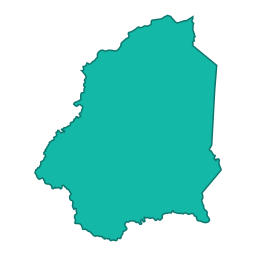 the district of Palocabildo, Tolima, Colombia
{"feature_id": "7082276B76880403363751", "entity_name": "Palocabildo", "entity_type": "district", "adm_level": 2, "iso_a3": "COL", "parent_name": "Colombia", "parent_adm1": "Tolima", "projection": "albers", "projection_center": [-75.008, 5.096], "detail": "fine", "context": "isolated", "style": "filled", "palette": "teal", "viewbox_px": 256, "rotation_deg": 0, "n_neighbors": 0, "source": "geoboundaries", "source_scale": "gbopen_adm2", "svg_char_len": 5740}
<svg xmlns="http://www.w3.org/2000/svg" viewBox="0 0 256 256"><path d="M77.9,223.5L79.9,223.9L80.9,224.6L81.5,225.4L82.8,229.3L83.8,229.4L84.9,229.2L86.2,229.5L88.4,231.3L89.6,231.6L90.5,232.1L93.5,235.4L94.3,235.9L95.6,236.2L97.0,235.6L97.7,235.7L98.3,236.1L99.4,236.4L102.1,236.5L102.5,237.6L104.0,237.9L104.1,238.7L104.3,239.0L104.7,239.0L106.0,238.4L106.7,238.5L108.0,239.0L109.2,238.6L109.6,238.9L110.1,240.3L110.7,240.6L111.5,240.6L113.0,239.9L115.6,240.6L116.5,240.5L117.0,240.1L117.5,238.6L117.7,238.3L120.3,238.5L120.7,238.3L121.7,235.2L122.8,233.9L122.8,232.4L123.1,231.7L125.6,230.3L126.5,229.6L126.8,229.0L126.7,228.1L126.3,227.3L125.3,226.2L124.9,225.3L124.9,224.5L125.1,223.4L125.6,222.7L126.7,221.9L127.1,221.8L128.2,222.1L130.8,220.8L134.6,221.1L136.1,222.5L138.5,222.4L139.8,224.2L140.2,224.3L140.8,224.3L141.4,224.0L141.7,223.6L141.6,223.0L140.8,222.1L141.0,220.4L141.5,219.5L141.9,219.5L142.4,219.8L143.0,221.3L143.4,221.8L143.9,221.9L144.9,221.4L144.9,220.7L144.3,219.0L144.3,217.6L144.4,217.3L145.4,218.0L147.8,217.4L149.0,218.1L149.6,218.3L150.8,218.2L152.1,217.8L152.9,217.9L153.5,218.1L155.2,220.2L155.8,220.5L156.5,220.2L157.4,219.1L157.9,218.9L158.3,219.0L159.4,220.0L160.4,220.0L161.3,218.9L162.2,218.1L162.3,215.7L162.8,214.5L163.8,213.9L164.9,213.5L169.4,212.8L171.4,212.9L172.1,211.1L172.8,210.6L173.2,210.7L173.6,211.8L174.3,212.3L178.5,213.4L179.7,213.3L180.5,213.5L181.6,213.3L183.0,213.9L184.8,213.0L185.7,212.9L186.3,213.1L188.0,214.2L188.6,214.3L191.9,213.4L192.6,213.5L193.7,214.3L194.3,215.8L195.8,216.3L196.3,216.6L196.6,218.4L197.4,220.4L198.7,220.9L200.4,221.0L203.0,222.2L204.0,222.2L204.7,222.6L206.7,222.5L208.2,221.9L209.2,220.8L209.5,220.0L209.5,219.2L208.8,218.4L208.5,217.5L207.6,216.5L207.0,215.1L207.2,212.8L207.0,211.9L206.3,210.7L204.9,209.9L204.3,209.2L203.7,207.2L203.6,205.5L202.6,203.9L202.2,202.0L201.7,200.5L201.7,199.6L202.6,198.7L202.8,197.5L202.7,195.4L202.1,193.6L201.8,193.1L221.0,170.2L220.9,168.4L220.1,167.2L219.8,166.0L219.1,164.8L219.1,163.7L218.8,163.0L219.3,160.7L219.2,159.7L218.4,158.9L217.3,159.0L216.7,159.2L216.0,160.5L215.7,160.5L215.4,160.3L215.3,159.3L214.3,159.0L214.1,158.6L214.4,157.2L215.2,156.0L215.2,155.7L213.9,155.1L212.5,153.4L211.7,151.8L211.2,151.4L211.0,150.9L210.0,150.6L209.3,149.5L211.7,144.9L214.7,90.1L216.7,65.4L192.8,45.7L193.0,43.2L192.4,42.1L192.8,41.7L194.3,41.0L193.7,37.7L193.9,37.4L194.8,37.0L195.1,36.5L194.6,35.7L194.3,34.0L192.7,29.5L193.0,27.5L193.0,25.4L193.6,23.5L193.5,23.1L192.2,22.0L191.9,20.7L192.0,20.2L192.7,19.0L192.9,16.7L186.5,20.7L184.6,20.7L177.5,23.0L176.7,22.8L175.0,21.6L173.9,20.2L172.0,18.3L170.9,16.6L167.6,15.4L164.3,17.0L162.1,18.5L161.2,18.9L152.0,20.2L151.3,21.2L151.1,24.2L150.4,25.0L147.4,26.1L144.8,25.9L144.1,26.1L142.2,27.3L141.3,27.6L140.1,27.6L139.0,27.0L138.3,27.0L134.3,30.1L130.8,32.0L129.5,32.2L128.5,32.7L128.3,34.0L129.0,36.0L128.9,37.0L128.3,37.6L125.8,39.0L121.4,43.0L121.2,43.5L120.9,45.5L120.7,46.2L118.9,48.8L118.1,49.7L117.3,50.2L116.4,50.7L115.5,50.9L114.5,50.9L112.0,50.4L108.7,50.2L105.6,51.1L104.6,51.0L103.1,50.3L102.3,50.2L101.3,50.3L100.1,50.8L99.2,51.5L97.7,53.3L97.4,54.2L97.5,56.4L97.3,57.3L97.1,57.6L96.0,58.7L94.5,60.7L93.0,61.4L90.5,63.8L90.0,64.1L89.1,64.1L87.5,63.1L86.9,63.0L86.0,65.4L85.6,65.9L85.0,66.2L83.1,66.5L83.1,67.5L83.8,68.7L83.6,69.8L83.3,70.3L82.6,70.6L81.6,70.6L83.0,72.0L83.7,73.3L84.6,74.0L85.7,76.0L86.3,77.7L84.7,79.4L84.5,80.2L84.5,80.8L85.3,81.4L85.3,82.3L85.0,82.8L84.0,83.5L83.8,84.5L83.9,86.0L84.1,86.4L85.0,86.8L85.0,87.1L84.0,89.2L84.1,91.8L83.5,92.7L81.6,92.9L81.2,93.4L80.7,95.6L80.9,98.7L80.6,99.4L79.9,100.2L78.8,100.9L77.4,101.4L76.7,101.9L75.3,102.2L74.8,102.6L74.1,103.2L73.7,104.2L75.9,106.1L77.0,106.1L77.8,105.7L78.4,104.8L78.7,104.6L79.7,104.6L80.7,104.9L81.4,105.8L82.3,106.2L82.7,106.6L82.7,107.7L81.8,110.0L81.5,111.4L81.0,112.8L79.5,113.3L79.3,113.7L79.5,114.8L80.6,115.4L80.7,116.2L79.9,117.0L78.5,117.4L78.2,118.0L77.9,118.1L77.2,116.8L76.4,116.7L75.8,117.3L75.7,118.1L75.4,118.6L74.1,119.2L74.0,120.1L73.6,120.5L73.7,121.5L70.7,122.6L70.3,123.5L70.5,124.6L70.0,125.5L68.9,125.7L65.9,127.6L64.0,127.8L63.2,129.1L62.7,129.2L62.1,129.0L61.7,129.3L61.4,129.5L61.6,129.9L63.9,130.6L64.2,130.6L64.6,131.7L64.3,132.0L63.0,131.8L61.7,132.7L60.9,132.7L60.4,132.6L58.7,130.5L57.9,130.3L57.7,130.6L58.0,131.5L56.8,131.9L56.1,132.5L56.0,132.8L56.5,134.1L56.6,135.4L55.5,136.7L54.3,137.0L53.8,137.4L54.2,139.0L53.6,140.1L53.1,140.3L52.1,140.3L51.1,141.4L50.0,141.9L49.3,142.5L49.5,143.9L49.3,144.2L48.5,144.5L48.2,145.7L47.1,146.9L46.8,148.2L45.3,149.7L45.2,150.4L45.7,150.7L45.7,151.0L44.7,151.5L43.9,152.8L43.8,153.7L44.0,154.2L45.1,154.8L45.7,156.1L45.2,156.9L44.5,157.5L43.9,159.5L43.3,160.4L42.7,161.0L41.1,161.6L40.7,162.2L40.9,164.0L40.8,164.7L39.6,166.4L39.4,167.5L37.9,167.7L37.4,168.7L35.9,169.8L35.2,171.9L35.0,173.0L36.2,174.6L37.3,177.4L38.8,179.0L39.3,179.2L40.7,178.8L41.5,178.0L43.1,178.4L43.8,179.7L43.9,180.4L44.8,181.2L44.7,182.1L45.0,182.9L45.5,183.4L46.2,183.8L47.6,184.0L48.3,183.9L50.8,184.9L51.3,185.9L51.8,186.6L52.0,187.2L51.9,187.8L52.4,188.6L53.4,188.7L54.1,188.2L54.6,187.4L55.2,187.3L55.9,188.1L56.9,187.7L58.7,187.8L59.4,187.6L59.7,187.7L60.2,188.7L60.9,188.8L61.8,188.1L62.0,186.0L62.3,185.6L63.5,185.3L64.6,186.6L65.0,187.0L65.9,187.3L66.8,188.9L68.4,189.4L68.6,190.0L69.7,191.2L70.3,192.7L71.1,193.5L70.8,194.0L70.9,194.8L70.0,195.5L69.6,196.4L69.8,198.8L70.0,199.3L70.9,200.3L72.0,200.5L72.9,201.5L72.8,202.7L73.0,203.4L72.7,204.0L72.5,205.0L72.6,206.7L73.2,207.7L73.3,208.2L73.7,209.2L73.9,209.3L75.0,208.5L75.5,208.3L76.2,208.7L76.2,211.0L76.9,213.2L76.6,213.9L75.6,214.4L75.0,215.0L74.6,215.8L74.5,217.4L75.6,220.4L74.8,223.0L75.7,223.5L77.9,223.5Z" fill="#14b8a6" stroke="#0f766e" stroke-width="1.5"/></svg>